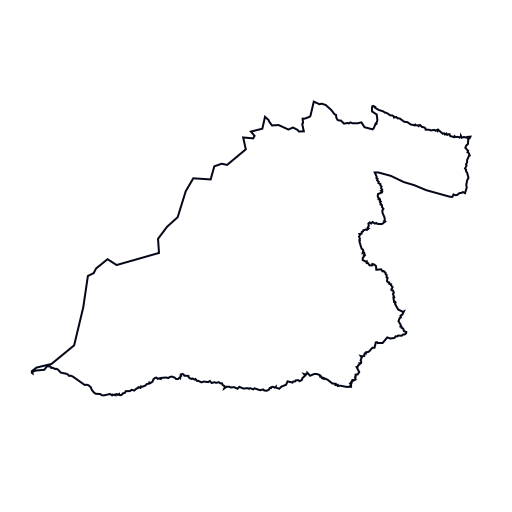 Nakonde, Muchinga, Zambia (Natural Earth projection), rotated 286°
{"feature_id": "96606910B77888556336058", "entity_name": "Nakonde", "entity_type": "district", "adm_level": 2, "iso_a3": "ZMB", "parent_name": "Zambia", "parent_adm1": "Muchinga", "projection": "natural_earth1", "projection_center": [32.444, -9.465], "detail": "fine", "context": "isolated", "style": "outline", "palette": "ink", "viewbox_px": 512, "rotation_deg": 286, "n_neighbors": 0, "source": "geoboundaries", "source_scale": "gbopen_adm2", "svg_char_len": 6096}
<svg xmlns="http://www.w3.org/2000/svg" viewBox="0 0 512 512"><g transform="rotate(286 256 256)"><path d="M223.1,421.6L224.3,421.5L224.6,418.9L226.8,417.5L227.1,415.7L228.1,415.4L228.0,414.3L229.4,414.3L232.7,410.9L236.2,411.3L236.9,412.2L238.6,411.4L239.9,412.8L243.5,413.4L242.8,412.6L243.8,407.3L248.3,402.8L249.8,403.0L250.3,402.5L249.9,401.4L254.0,399.5L254.4,400.2L257.3,398.1L258.8,398.6L260.6,397.1L260.5,395.7L261.2,395.3L263.7,395.9L265.1,393.8L266.0,393.7L265.9,391.8L267.3,391.4L267.1,390.1L268.0,388.8L271.4,388.4L271.5,387.4L273.8,386.8L274.4,385.5L275.6,385.1L276.7,382.8L276.1,381.9L277.7,379.9L275.9,375.5L279.4,374.1L280.4,372.0L280.4,370.1L279.1,370.4L278.3,367.8L280.2,365.3L279.8,364.4L281.3,363.9L280.8,363.4L281.6,359.6L283.8,359.2L286.6,360.4L286.8,359.5L287.4,359.9L288.9,359.2L289.2,358.5L288.5,357.7L290.6,357.7L291.8,356.7L292.1,355.5L298.1,351.6L299.4,351.6L299.8,350.9L301.1,351.2L303.0,349.7L305.2,350.2L305.7,349.5L306.5,351.3L308.3,351.1L309.3,352.2L310.3,352.1L311.8,354.3L311.6,355.4L313.5,356.7L313.9,355.5L316.2,356.1L318.2,355.1L319.6,356.0L319.0,357.8L320.8,358.7L319.9,361.4L320.9,362.5L320.4,363.3L320.7,365.9L321.6,368.4L324.7,370.7L325.0,369.6L325.6,370.0L328.4,369.0L332.2,365.8L334.4,364.9L336.4,365.5L337.6,363.8L339.5,363.1L339.9,361.6L340.5,361.8L341.8,360.4L342.8,360.9L343.2,359.8L344.2,359.7L344.3,358.4L345.3,358.8L345.8,357.4L347.1,356.5L349.2,356.2L351.9,359.6L352.7,359.6L353.2,358.2L354.4,359.1L355.8,357.5L357.4,357.5L358.2,356.0L359.4,355.8L359.9,353.5L361.2,353.5L362.1,351.6L363.6,351.7L364.0,350.3L365.4,350.2L369.0,347.1L370.0,350.4L370.2,363.5L367.8,377.7L367.7,388.7L366.2,401.4L366.4,426.3L367.0,428.5L369.6,428.9L369.4,430.8L370.0,432.4L372.6,434.3L373.2,436.0L374.5,437.3L374.0,439.6L380.0,439.7L382.4,438.5L386.9,438.1L389.6,438.7L394.1,436.1L395.7,434.3L396.9,434.2L397.7,432.8L401.0,433.5L402.0,432.6L404.0,433.1L406.6,432.5L411.1,433.1L411.6,433.7L413.5,432.2L414.0,430.7L415.5,431.0L417.7,427.4L420.0,427.6L422.2,428.9L426.9,427.7L427.8,428.8L429.8,429.2L428.6,426.0L427.8,425.8L427.7,423.0L426.4,421.2L428.0,419.8L426.7,420.0L425.9,419.0L426.3,418.0L425.4,414.9L425.9,413.8L424.8,413.6L424.9,409.5L426.4,408.5L425.9,407.0L425.3,406.8L425.2,405.8L426.1,405.2L424.9,404.1L425.8,403.1L425.0,401.8L427.6,396.3L426.2,396.1L426.9,395.1L425.9,394.2L426.4,392.7L424.9,389.5L425.1,387.8L424.2,384.2L425.4,383.7L426.0,381.9L425.8,379.8L427.1,377.8L426.8,376.9L425.7,376.6L426.2,375.4L425.5,373.1L426.1,372.7L425.2,371.9L425.1,368.4L426.4,364.6L425.9,361.4L427.8,356.3L427.4,354.2L428.3,352.6L427.2,350.5L428.0,350.3L428.7,348.2L428.2,346.5L429.6,341.9L429.3,340.6L430.1,338.5L430.2,333.8L431.1,330.3L431.6,329.2L432.1,329.4L432.6,327.4L432.1,326.6L430.4,326.6L426.9,327.8L425.3,333.0L420.2,335.2L416.2,335.3L416.3,334.5L411.5,334.0L409.9,333.2L409.7,324.8L413.5,320.5L411.5,316.9L410.2,312.1L410.4,309.9L409.0,308.7L409.2,307.6L407.5,304.1L409.6,300.3L409.1,298.1L409.5,296.6L411.4,294.9L413.6,294.1L413.9,292.4L417.1,288.1L420.4,281.3L420.5,277.1L419.4,275.3L420.3,269.0L405.8,269.7L404.8,269.4L401.6,265.2L400.9,263.0L396.9,264.5L395.5,264.1L389.0,267.6L387.5,263.0L388.7,261.0L389.7,256.1L386.5,252.3L388.1,241.6L385.9,235.4L388.9,231.5L390.0,230.9L392.3,226.3L380.1,227.0L374.2,216.8L371.1,221.5L368.3,220.9L366.4,211.0L355.7,216.8L335.6,203.1L335.2,197.5L330.7,191.2L317.1,191.3L313.4,174.3L298.9,170.6L271.7,170.0L259.5,162.4L245.5,157.1L232.2,161.9L208.9,124.5L212.0,114.2L199.9,105.7L194.8,104.7L190.5,99.9L159.0,104.1L120.0,105.8L95.9,89.2L88.2,75.7L83.5,72.3L82.0,72.7L81.6,73.6L83.4,73.0L85.3,76.2L88.3,83.9L92.4,85.5L93.1,88.8L91.9,90.2L92.6,91.4L91.9,94.0L92.5,94.8L92.3,96.8L90.1,100.5L90.5,105.8L90.3,107.7L89.2,109.5L89.9,110.9L89.6,113.2L84.8,126.9L85.5,128.3L85.6,130.6L84.2,133.5L82.1,135.0L80.0,138.0L79.4,140.0L80.4,144.3L79.7,146.1L80.0,148.0L83.1,153.7L82.4,156.0L83.2,156.2L83.4,159.0L83.9,158.6L84.9,160.3L84.4,161.3L85.6,162.4L84.8,162.8L84.8,164.1L86.1,165.6L87.2,165.8L88.3,167.7L90.1,168.0L91.4,172.0L93.1,173.4L93.1,176.0L95.9,177.9L96.4,178.9L97.5,179.1L97.4,181.3L98.9,181.3L99.0,182.8L101.0,185.4L102.7,186.2L103.8,188.3L105.0,188.3L104.7,189.5L106.6,191.1L109.2,191.4L111.1,192.6L111.6,193.8L110.8,195.5L111.8,196.6L111.4,197.8L111.7,198.5L112.6,198.3L114.4,203.0L114.5,205.4L116.0,206.5L116.9,208.4L116.7,211.3L115.8,213.0L116.3,215.0L118.7,216.4L118.4,216.7L120.1,216.5L120.2,217.0L121.4,216.4L122.2,217.4L122.2,218.9L121.2,220.2L122.1,224.1L120.8,224.8L120.2,226.1L120.1,228.1L120.7,228.5L120.3,231.0L121.1,231.7L119.6,233.7L120.1,234.9L119.5,238.3L120.9,240.3L121.6,244.8L123.1,246.1L121.7,248.4L123.2,250.8L123.1,252.6L124.4,255.0L123.8,256.9L124.2,258.4L122.7,259.6L122.4,261.3L121.7,262.1L120.0,262.0L122.2,263.7L122.9,266.0L122.7,268.1L123.9,271.1L123.3,274.8L125.6,276.0L125.1,280.4L126.6,284.3L126.4,285.8L127.3,286.6L127.1,290.2L128.4,291.1L128.1,296.9L129.7,299.7L129.0,301.0L129.4,303.4L131.1,305.3L132.9,305.6L133.2,306.8L134.1,306.8L134.9,308.2L134.6,310.0L135.6,310.8L135.0,310.8L134.8,314.9L137.5,316.5L140.5,320.4L144.2,320.9L144.4,326.0L145.5,326.3L146.3,328.2L147.4,328.5L148.3,330.8L147.7,332.4L149.4,334.2L151.4,334.3L154.6,336.2L155.7,334.8L155.6,336.6L156.8,336.8L157.1,337.9L157.8,337.7L155.8,341.0L158.5,344.3L159.3,346.6L159.2,349.7L158.7,351.0L157.7,350.9L157.5,353.5L156.8,353.3L156.6,355.0L157.3,354.9L156.8,358.9L154.5,364.6L155.1,367.8L153.9,368.0L154.7,370.1L153.6,370.5L154.6,372.9L155.1,379.0L156.1,382.3L157.4,382.4L157.0,383.3L158.7,382.8L159.4,381.7L159.9,382.4L160.6,382.2L160.7,382.9L163.1,382.7L163.6,383.4L163.1,384.0L164.8,385.8L166.7,384.6L167.3,385.1L169.4,384.4L170.2,386.4L172.9,387.2L177.0,383.3L177.5,384.3L179.0,384.3L180.4,385.5L181.4,384.9L182.1,386.5L183.9,386.1L184.5,385.3L187.4,385.6L188.7,384.2L188.7,386.0L189.8,386.8L189.8,387.6L192.3,387.3L192.6,388.6L193.8,388.3L194.5,390.1L195.9,391.3L199.8,393.1L200.5,395.2L206.0,395.0L206.5,396.1L205.9,397.0L207.3,401.7L213.9,404.6L213.7,407.8L215.4,411.7L217.3,412.4L217.7,414.0L218.7,414.6L219.5,418.0L221.0,418.9L221.6,420.6L223.1,421.6Z" fill="none" stroke="#020617" stroke-width="2"/></g></svg>